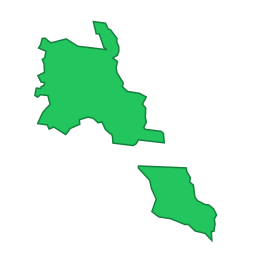 outline of St. Martin, Louisiana, United States of America, rotated 7°
{"feature_id": "52423323B3769936214170", "entity_name": "St. Martin", "entity_type": "district", "adm_level": 2, "iso_a3": "USA", "parent_name": "United States of America", "parent_adm1": "Louisiana", "projection": "mercator", "projection_center": [-91.637, 30.099], "detail": "fine", "context": "isolated", "style": "filled", "palette": "green", "viewbox_px": 256, "rotation_deg": 7, "n_neighbors": 0, "source": "geoboundaries", "source_scale": "gbopen_adm2", "svg_char_len": 1500}
<svg xmlns="http://www.w3.org/2000/svg" viewBox="0 0 256 256"><g transform="rotate(7 128 128)"><path d="M29.5,59.5L37.2,61.8L36.8,68.4L34.6,70.4L37.0,74.9L37.5,78.8L38.3,82.9L32.1,87.0L36.1,93.0L39.6,93.1L39.5,95.8L36.9,97.6L36.3,99.4L32.1,99.6L31.6,107.0L34.6,108.4L37.0,105.7L44.5,105.5L47.8,114.0L43.2,120.4L41.6,122.8L39.9,127.9L37.8,134.6L47.5,134.8L49.9,138.7L52.6,137.1L54.3,136.1L59.8,138.7L66.8,142.1L68.0,140.6L70.7,135.5L79.7,130.2L78.7,125.7L87.1,122.1L92.3,122.5L97.6,126.5L101.5,125.3L105.7,132.1L110.5,135.6L112.3,136.0L113.7,138.6L114.9,144.8L135.2,144.8L138.0,142.7L139.8,138.5L165.8,138.3L163.8,129.1L161.4,127.3L144.9,127.2L143.6,125.5L145.5,119.9L143.9,115.4L143.1,105.9L139.4,102.6L142.4,95.0L135.1,92.2L123.2,91.8L117.6,87.9L117.7,83.8L110.3,74.5L108.9,69.3L109.4,63.2L104.4,60.4L108.6,57.1L109.6,53.0L108.8,48.0L106.3,44.1L106.2,40.6L98.6,32.6L96.2,32.1L92.8,26.7L80.6,26.6L85.0,38.4L88.0,38.2L94.3,51.1L97.6,52.9L78.7,52.9L68.2,53.0L55.8,47.1L43.4,52.0L42.8,52.2L42.3,52.4L41.9,52.3L41.3,52.6L41.1,52.8L40.9,52.9L40.7,52.8L34.6,48.9L31.9,49.6L31.1,56.2L29.5,59.5ZM143.1,164.4L143.1,166.4L155.9,177.3L158.7,185.3L164.7,195.2L161.9,208.1L169.5,212.5L181.2,212.8L196.4,216.9L199.5,216.3L207.1,222.0L217.4,223.2L224.9,229.4L223.4,220.8L225.9,219.9L226.1,212.9L224.8,207.7L226.5,203.5L222.8,197.9L217.6,194.5L213.8,194.6L205.7,191.6L202.8,188.3L199.8,176.7L195.8,174.0L195.9,169.6L191.6,164.0L190.7,160.5L143.1,164.4Z" fill="#22c55e" stroke="#15803d" stroke-width="1.5"/></g></svg>